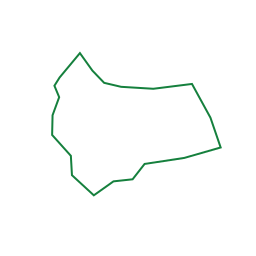 an SVG outline of Kerċem, rotated 218°
{"feature_id": "MLT-5981", "entity_name": "Kerċem", "entity_type": "state/province", "adm_level": 1, "iso_a3": "MLT", "parent_name": "Malta", "parent_adm1": "", "projection": "orthographic", "projection_center": [14.218, 36.038], "detail": "fine", "context": "isolated", "style": "outline", "palette": "green", "viewbox_px": 256, "rotation_deg": 218, "n_neighbors": 0, "source": "natural_earth", "source_scale": "10m", "svg_char_len": 406}
<svg xmlns="http://www.w3.org/2000/svg" viewBox="0 0 256 256"><g transform="rotate(218 128 128)"><path d="M104.7,202.1L69.4,186.9L43.0,169.7L65.2,139.1L92.8,109.9L92.8,90.4L106.6,77.0L113.5,53.9L143.1,56.3L155.9,70.9L183.5,75.8L195.3,91.6L201.2,109.9L212.0,116.0L213.0,125.7L212.0,157.4L191.4,151.3L174.6,148.9L158.8,156.2L132.2,174.5L104.7,202.1Z" fill="none" stroke="#15803d" stroke-width="2"/></g></svg>